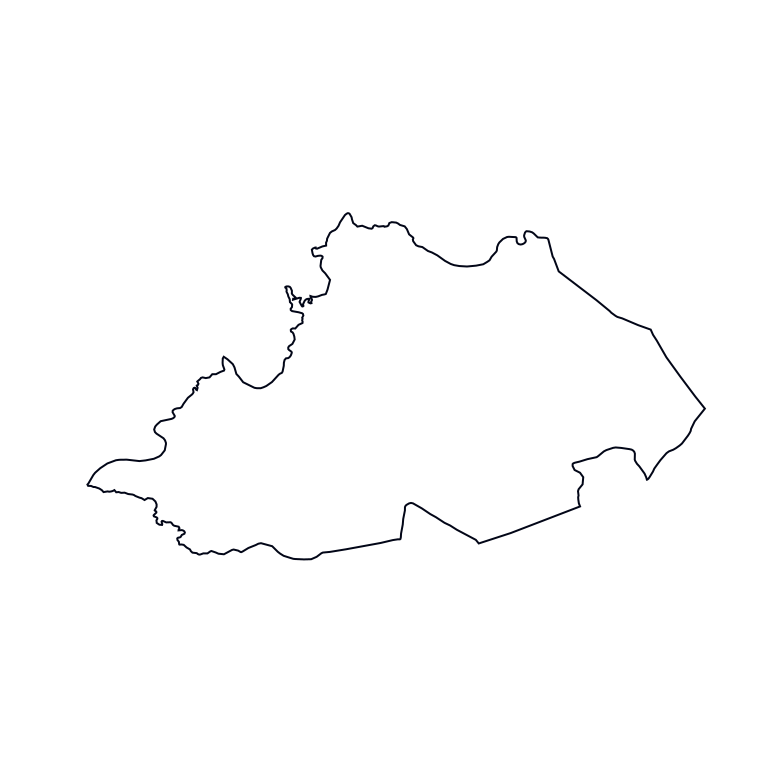 Namasigue, Choluteca, Honduras (Natural Earth projection), rotated 79°
{"feature_id": "27666195B26128912402199", "entity_name": "Namasigue", "entity_type": "district", "adm_level": 2, "iso_a3": "HND", "parent_name": "Honduras", "parent_adm1": "Choluteca", "projection": "natural_earth1", "projection_center": [-87.151, 13.15], "detail": "fine", "context": "isolated", "style": "outline", "palette": "ink", "viewbox_px": 768, "rotation_deg": 79, "n_neighbors": 0, "source": "geoboundaries", "source_scale": "gbopen_adm2", "svg_char_len": 6157}
<svg xmlns="http://www.w3.org/2000/svg" viewBox="0 0 768 768"><g transform="rotate(79 384 384)"><path d="M426.1,694.3L427.5,693.9L428.2,691.0L429.7,688.8L430.0,687.3L432.3,683.4L434.3,681.3L436.6,679.9L436.7,675.8L437.3,674.3L437.4,672.7L437.3,670.8L436.7,668.9L439.2,667.5L439.4,665.1L440.7,662.8L441.2,659.3L443.2,656.1L444.5,652.0L445.3,650.6L446.5,649.4L448.9,645.7L449.8,643.8L452.2,641.2L450.9,637.6L452.5,633.1L455.7,630.8L458.8,630.2L461.2,630.7L464.2,633.2L464.8,632.9L465.7,631.9L466.8,632.0L468.7,635.0L469.2,635.3L470.0,635.1L471.6,632.6L472.4,632.1L473.1,632.2L474.4,633.4L477.0,633.6L479.2,631.4L480.0,628.8L479.3,628.4L476.7,628.6L476.1,628.0L476.2,627.2L478.3,624.2L479.0,619.8L480.1,618.9L482.0,618.1L483.1,617.0L484.9,612.8L486.5,612.3L487.6,613.3L488.5,613.6L488.8,610.6L489.2,609.5L490.4,608.2L491.7,607.8L492.9,608.5L493.6,611.3L495.3,612.8L495.6,613.7L495.6,615.5L496.1,616.4L497.8,616.5L499.6,615.5L502.4,615.6L502.7,615.2L502.9,613.4L503.7,611.3L506.8,609.0L509.4,606.0L511.2,605.5L513.0,604.2L514.3,600.1L515.4,599.2L516.2,598.0L516.3,596.8L515.8,593.7L516.6,589.6L515.2,586.5L515.0,585.3L517.3,581.3L519.0,578.9L520.6,573.6L517.9,564.9L517.8,563.2L519.7,559.0L521.6,556.8L521.8,556.2L521.5,554.9L519.1,548.4L517.6,540.6L516.8,537.8L516.8,535.1L521.9,524.7L528.4,520.3L530.7,518.3L533.5,515.3L535.9,510.9L538.3,506.4L538.9,504.4L540.9,496.1L542.1,488.9L540.8,483.1L538.2,477.8L537.8,476.2L538.5,469.2L539.0,452.9L539.4,417.6L538.9,405.1L539.1,400.1L539.5,398.0L539.2,397.4L537.6,396.7L534.1,395.8L525.5,392.4L520.2,390.9L512.1,387.6L508.8,386.9L507.5,385.9L506.9,384.8L506.0,382.2L505.9,380.2L506.7,378.3L513.3,370.6L520.5,363.4L524.6,358.5L531.8,351.1L535.5,346.1L541.0,340.3L554.5,323.6L558.6,321.4L554.5,288.1L541.6,214.9L538.3,215.5L534.3,215.3L532.1,215.0L530.6,214.3L526.2,214.0L524.4,213.0L520.4,208.2L513.5,206.2L508.5,208.5L504.8,213.3L500.5,214.5L498.6,214.1L498.0,213.3L497.7,211.7L497.5,206.9L496.6,198.6L496.4,189.2L495.7,187.6L492.1,181.0L491.3,178.3L490.4,171.2L490.5,168.7L492.0,163.4L494.8,155.4L495.7,153.4L496.8,152.2L498.2,151.3L500.2,151.0L506.1,152.3L507.4,152.1L510.6,150.9L513.5,149.1L521.7,145.3L525.7,144.4L528.1,144.2L528.1,143.8L527.4,142.5L526.1,141.1L521.3,136.7L518.6,134.8L514.9,130.9L511.5,127.2L505.8,119.9L504.5,117.1L503.7,112.6L502.7,109.7L500.8,105.5L499.3,102.9L492.7,95.5L490.4,93.3L488.6,91.9L486.6,91.1L479.9,86.1L469.4,73.7L455.6,80.9L433.1,91.8L411.7,101.7L393.3,108.0L387.1,110.5L381.5,111.8L374.7,123.3L365.0,137.7L362.7,142.1L361.3,143.7L357.4,147.3L355.5,148.5L342.2,159.5L306.8,191.0L293.7,193.2L291.1,194.1L273.8,195.1L272.8,195.4L272.0,196.0L271.1,198.2L270.1,202.8L269.4,205.1L264.8,208.3L263.4,209.6L262.1,211.9L261.2,214.9L261.4,215.6L262.3,216.7L264.8,218.1L266.3,218.3L270.1,217.4L271.3,217.8L272.2,218.8L272.9,220.3L273.2,222.0L273.1,223.5L272.3,225.2L271.0,226.2L269.2,226.5L265.9,226.0L265.0,226.6L263.3,233.4L263.2,235.2L264.3,239.5L267.1,243.8L268.6,245.2L271.2,246.8L274.3,247.7L275.4,248.4L279.6,254.1L282.7,256.8L283.8,259.3L285.4,263.7L285.4,271.0L284.5,280.1L282.6,287.5L280.7,292.5L278.9,295.6L274.8,300.6L267.9,307.1L264.0,311.9L261.8,315.5L256.9,320.2L255.4,323.9L253.9,326.0L249.4,328.1L247.6,328.1L246.7,327.4L245.9,327.4L241.9,330.8L236.3,332.0L233.2,333.6L230.9,338.0L229.2,339.5L227.9,341.2L226.6,345.5L227.0,348.0L229.3,349.5L229.8,351.0L229.7,353.6L229.1,353.9L228.9,354.4L228.5,358.9L228.0,360.1L226.8,361.7L226.4,362.8L227.2,364.4L228.8,365.5L229.2,366.5L228.2,369.5L224.5,375.2L224.4,380.1L222.8,381.1L220.2,383.5L216.3,384.0L214.1,384.0L210.4,385.3L209.7,386.0L209.4,386.9L209.7,388.2L210.7,390.1L216.9,396.3L220.0,398.4L222.4,400.9L223.5,402.7L224.3,406.1L225.4,408.2L230.5,412.1L232.5,412.7L234.2,413.9L237.1,414.4L237.2,418.2L238.4,423.9L238.0,425.0L237.5,425.3L237.0,425.1L236.9,425.5L237.5,428.0L238.4,429.2L242.3,429.2L244.1,428.9L245.2,428.3L245.8,426.9L245.6,424.5L245.8,422.1L246.3,420.8L247.2,420.0L248.6,420.3L250.2,421.9L256.0,423.8L257.5,423.8L260.8,422.8L264.1,420.6L271.5,417.1L280.5,421.4L284.5,423.9L284.7,425.0L284.7,427.9L285.4,431.9L285.5,434.3L284.8,437.3L283.6,439.4L284.6,439.5L287.2,438.6L288.1,438.8L289.3,439.8L290.8,439.8L290.8,440.9L289.5,442.6L288.1,442.2L286.7,441.1L286.2,441.1L285.9,442.1L285.9,443.6L286.3,444.8L287.2,446.0L290.3,448.3L292.0,448.2L292.3,448.7L292.3,449.4L291.5,449.9L287.3,451.2L284.3,449.3L283.6,449.2L283.2,450.6L283.9,457.2L283.0,456.9L283.3,455.3L282.6,455.1L282.1,454.4L279.1,456.6L277.7,457.2L274.9,456.6L271.8,457.3L270.6,458.0L269.9,459.4L269.6,461.3L270.0,462.4L270.5,462.5L271.6,461.6L273.2,461.6L274.8,462.1L277.6,461.3L279.9,461.2L282.7,460.4L285.7,460.7L287.8,459.2L288.6,459.0L291.0,459.7L292.4,461.3L293.7,461.4L294.9,460.3L297.3,454.1L298.9,450.9L299.7,450.2L301.4,450.1L303.4,451.7L304.5,451.5L305.8,452.2L307.4,452.0L308.6,452.4L309.6,456.6L312.6,460.5L312.0,463.0L312.4,464.4L313.1,465.2L314.7,465.3L315.9,463.9L317.4,463.3L320.4,463.0L323.3,463.2L327.2,466.3L328.7,469.9L329.8,471.0L331.5,471.3L332.5,470.7L334.6,468.7L335.4,468.5L336.4,468.9L338.3,470.1L339.7,471.7L340.3,473.2L340.1,475.3L341.4,477.0L344.0,478.2L347.0,478.9L352.5,481.2L353.6,482.2L354.1,484.3L354.9,485.8L360.7,493.6L363.5,499.9L364.2,502.9L364.6,505.8L363.9,509.5L363.0,511.9L355.4,521.9L349.0,525.1L346.0,527.0L339.2,527.6L335.7,528.6L329.9,532.9L326.7,536.1L328.2,537.4L332.5,538.4L334.7,538.6L339.3,537.9L340.3,538.5L340.9,542.2L342.3,547.0L341.6,550.7L344.2,554.0L344.2,557.8L342.9,560.8L343.1,562.5L344.1,563.6L345.9,566.8L348.4,566.1L349.4,566.8L349.8,568.1L352.2,567.7L354.3,568.8L353.8,569.4L351.7,570.2L351.5,570.7L351.7,571.6L352.8,572.5L355.7,572.5L356.8,573.4L357.6,574.4L360.1,579.1L365.1,584.5L368.0,587.0L368.7,588.8L368.4,591.7L368.6,593.9L369.1,595.3L369.9,596.5L371.4,596.9L375.4,595.5L376.1,595.7L376.7,596.3L377.4,597.7L377.7,599.2L377.9,610.3L380.5,614.7L382.1,616.7L384.8,618.3L387.5,618.0L389.3,616.8L395.2,610.8L397.5,609.7L400.2,609.3L401.4,609.5L407.3,611.9L411.2,616.4L412.2,618.5L413.5,624.1L413.5,632.7L413.0,638.8L409.2,650.9L407.9,658.2L407.7,661.7L409.2,670.7L412.5,678.6L416.0,684.5L417.9,686.7L425.3,693.2L426.1,694.3Z" fill="none" stroke="#020617" stroke-width="2"/></g></svg>